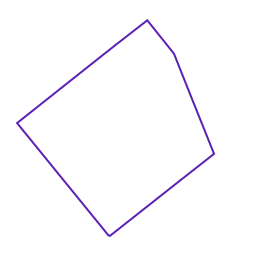 the district of Randolph, Missouri, United States of America, rotated 230°
{"feature_id": "52423323B90263846548439", "entity_name": "Randolph", "entity_type": "district", "adm_level": 2, "iso_a3": "USA", "parent_name": "United States of America", "parent_adm1": "Missouri", "projection": "natural_earth1", "projection_center": [-92.479, 39.428], "detail": "fine", "context": "isolated", "style": "outline", "palette": "violet", "viewbox_px": 256, "rotation_deg": 230, "n_neighbors": 0, "source": "geoboundaries", "source_scale": "gbopen_adm2", "svg_char_len": 350}
<svg xmlns="http://www.w3.org/2000/svg" viewBox="0 0 256 256"><g transform="rotate(230 128 128)"><path d="M199.8,165.2L200.4,144.7L203.1,46.2L58.6,44.0L57.0,44.7L54.3,134.3L54.2,137.4L52.9,177.3L104.2,194.1L107.6,195.2L155.4,211.0L176.7,211.5L177.4,211.5L198.1,212.0L199.6,171.6L199.8,165.2Z" fill="none" stroke="#5b21b6" stroke-width="2"/></g></svg>